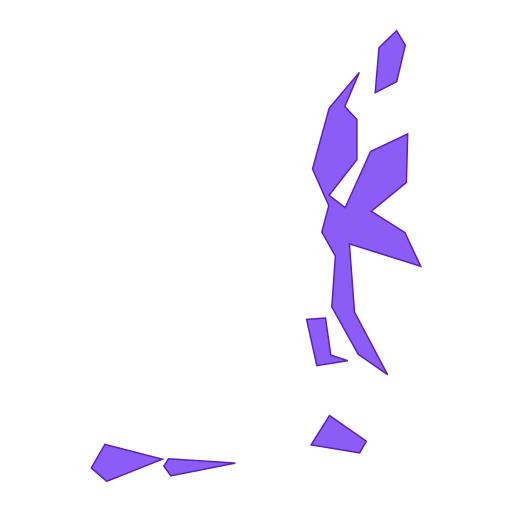 Maluku Utara, Equal Earth projection
{"feature_id": "IDN-538", "entity_name": "Maluku Utara", "entity_type": "Province", "adm_level": 1, "iso_a3": "IDN", "parent_name": "Indonesia", "parent_adm1": "", "projection": "equal_earth", "projection_center": [127.364, 0.08], "detail": "coarse", "context": "isolated", "style": "filled", "palette": "violet", "viewbox_px": 512, "rotation_deg": 0, "n_neighbors": 0, "source": "natural_earth", "source_scale": "10m", "svg_char_len": 729}
<svg xmlns="http://www.w3.org/2000/svg" viewBox="0 0 512 512"><path d="M331.8,306.8L335.4,256.1L321.8,232.0L328.8,205.6L312.5,169.0L329.2,108.2L359.3,72.4L344.8,106.6L356.9,119.5L356.9,159.7L329.0,195.4L345.2,207.6L370.6,151.5L407.7,133.9L406.4,182.4L371.2,211.3L404.9,232.6L420.7,266.3L349.4,243.9L354.5,312.1L387.6,374.7L358.2,354.3L331.8,306.8ZM162.3,459.2L106.7,481.3L91.3,468.1L104.9,444.4L162.3,459.2ZM366.3,441.2L359.6,452.9L311.1,444.9L329.5,415.5L366.3,441.2ZM405.3,45.2L396.7,81.6L375.2,92.7L379.0,47.7L396.6,30.7L405.3,45.2ZM347.8,360.7L316.8,365.6L306.6,319.4L325.5,318.0L330.8,355.1L347.8,360.7ZM235.4,463.1L170.8,475.8L163.8,466.1L168.6,458.8L235.4,463.1Z" fill="#8b5cf6" stroke="#5b21b6" stroke-width="1.5"/></svg>